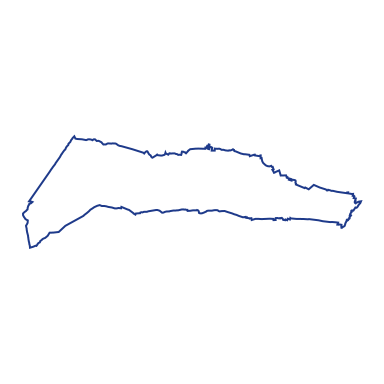 Danesti, Harghita, Romania (Mercator projection)
{"feature_id": "2599482B45137216184819", "entity_name": "Danesti", "entity_type": "district", "adm_level": 2, "iso_a3": "ROU", "parent_name": "Romania", "parent_adm1": "Harghita", "projection": "mercator", "projection_center": [25.693, 46.518], "detail": "fine", "context": "isolated", "style": "outline", "palette": "blue", "viewbox_px": 384, "rotation_deg": 0, "n_neighbors": 0, "source": "geoboundaries", "source_scale": "gbopen_adm2", "svg_char_len": 5969}
<svg xmlns="http://www.w3.org/2000/svg" viewBox="0 0 384 384"><path d="M341.4,227.6L341.7,227.6L341.9,227.8L342.7,227.1L344.5,226.1L345.1,224.7L345.3,223.5L345.6,223.0L345.7,222.5L346.0,222.2L346.1,221.8L346.4,221.4L346.5,221.0L346.8,221.0L346.9,220.9L346.7,220.6L346.7,220.0L346.9,219.7L347.2,219.5L347.7,219.7L347.9,220.1L348.1,220.1L348.3,219.7L348.9,219.1L349.0,218.7L349.4,218.5L349.2,218.1L349.6,217.9L349.7,217.0L350.3,216.3L349.8,216.2L349.7,216.1L349.7,215.5L350.0,215.1L350.6,214.9L350.1,214.4L350.4,213.5L350.8,213.1L351.2,212.3L351.7,212.0L351.8,211.6L351.7,211.5L351.3,211.4L351.2,211.2L351.3,210.8L351.6,210.5L352.3,210.4L353.4,210.6L355.4,207.5L356.1,207.8L356.6,207.7L357.3,207.1L357.5,206.8L358.3,205.5L358.8,204.7L359.3,204.2L360.0,202.9L360.3,203.0L361.0,201.3L358.9,201.6L356.9,202.5L356.5,202.5L355.9,203.1L355.8,202.9L355.0,202.9L354.8,202.6L354.7,201.9L355.1,201.2L355.0,200.9L355.1,200.6L355.5,200.5L355.4,199.9L355.8,198.5L353.7,198.1L354.0,197.2L354.4,196.3L354.1,196.0L354.0,196.3L353.1,195.8L352.7,195.8L353.0,193.9L352.0,194.0L347.8,193.3L348.0,192.4L347.0,192.5L346.8,193.2L337.0,191.8L332.8,190.8L331.9,190.9L331.0,190.7L330.4,190.4L328.2,189.8L328.0,190.3L327.1,190.5L326.8,190.4L326.3,189.7L325.4,189.3L319.7,187.5L313.8,184.9L308.7,189.3L305.2,187.5L304.6,188.1L295.9,184.5L296.1,183.6L295.4,182.8L295.7,181.3L295.5,180.5L294.8,180.1L292.0,179.6L291.8,179.6L291.6,180.6L289.4,179.9L289.9,179.4L288.8,179.1L288.8,178.8L290.0,179.1L290.3,178.8L287.0,177.8L287.2,177.1L286.6,177.1L286.1,175.4L280.7,175.5L279.2,170.4L275.8,171.9L274.6,172.6L274.0,172.8L273.4,171.5L272.4,169.8L273.6,169.4L272.8,167.1L272.4,167.3L272.2,167.2L271.8,166.7L271.5,166.1L271.2,165.8L270.6,166.1L269.3,166.4L267.4,166.1L265.7,165.3L263.2,163.0L262.3,161.4L261.9,159.7L261.6,158.0L260.6,158.2L260.7,155.4L260.4,155.4L260.3,156.3L254.8,155.4L254.8,154.7L254.2,154.7L249.8,156.2L249.4,154.8L244.7,154.2L244.1,154.3L240.8,153.5L235.5,151.3L234.4,151.1L234.1,150.4L234.0,150.0L233.9,150.0L233.6,149.9L233.1,149.3L232.8,149.3L232.4,149.7L231.4,150.1L230.5,150.4L229.8,150.5L229.3,150.3L228.8,150.5L228.5,150.5L228.2,150.7L225.5,150.4L223.5,149.8L221.5,149.8L220.5,149.1L219.3,148.7L217.4,148.8L215.3,148.7L214.8,148.6L214.7,150.6L211.7,150.6L212.1,147.6L210.4,146.7L210.0,146.5L209.2,149.2L208.3,149.0L207.7,148.7L208.9,146.1L209.4,144.6L208.7,144.4L207.8,146.4L207.1,146.0L206.2,147.8L205.4,147.6L205.2,148.8L198.4,148.6L195.5,148.7L190.2,149.2L188.1,150.8L188.1,151.0L186.0,153.3L185.6,153.0L185.5,152.6L185.3,152.4L184.2,152.2L183.6,151.8L182.0,151.6L181.7,152.3L181.6,153.5L181.2,154.9L179.1,154.7L178.2,154.9L177.0,154.1L176.0,154.0L174.7,153.4L172.7,153.4L170.7,153.6L170.4,153.4L169.4,153.3L168.3,154.7L168.0,154.6L167.1,154.0L166.4,153.9L165.9,153.5L165.5,152.6L165.2,153.7L164.5,154.8L162.2,155.5L161.1,155.6L157.2,155.1L157.0,154.7L156.2,155.4L152.6,157.6L152.3,157.7L151.2,156.7L150.8,155.7L150.6,155.4L149.4,154.6L148.7,153.7L147.5,151.5L147.0,151.2L146.0,151.6L145.0,152.5L144.2,153.5L143.3,152.7L132.3,149.2L121.5,146.2L119.7,145.9L118.2,145.3L116.2,143.8L115.3,143.5L112.3,143.4L111.5,143.6L108.1,143.4L107.3,143.6L105.8,144.5L105.2,144.4L103.4,144.5L101.9,142.9L101.5,142.3L99.0,141.0L98.2,140.8L96.8,141.0L96.2,140.5L95.1,139.4L94.7,139.3L93.5,139.4L92.8,140.0L92.4,140.2L92.2,140.0L90.8,139.5L89.3,139.3L88.1,139.3L87.1,139.8L86.1,140.1L82.0,139.3L77.2,139.0L75.4,138.6L74.3,136.3L72.5,138.2L72.3,138.7L71.2,140.0L70.2,142.1L69.2,143.0L68.4,143.9L68.4,144.7L68.2,145.1L67.3,145.9L66.2,147.3L65.6,148.6L65.3,149.5L64.4,150.2L62.7,152.5L61.7,154.1L61.4,154.3L59.9,157.1L55.5,163.3L55.1,164.2L52.9,167.0L52.1,168.2L51.2,169.4L49.5,172.0L29.1,201.3L31.1,201.5L32.4,202.0L31.4,202.9L30.7,203.4L29.3,203.8L29.1,204.7L28.5,205.3L28.0,206.7L27.7,207.7L27.5,209.5L26.7,210.1L26.0,211.0L24.7,211.9L23.3,213.2L23.0,213.7L23.1,215.3L24.0,217.0L24.7,217.9L25.2,218.8L26.2,219.6L27.8,220.4L27.6,222.9L27.1,223.9L26.0,225.8L26.7,228.9L26.7,229.9L26.9,230.7L27.1,232.1L28.1,236.0L28.1,237.0L28.3,237.6L28.4,238.9L28.9,241.8L29.1,242.3L29.4,244.3L29.8,245.6L30.0,247.7L33.3,246.7L35.6,245.7L36.4,245.9L37.3,244.7L37.4,244.3L37.9,243.8L38.1,243.4L38.5,243.0L39.8,242.4L40.1,241.8L40.1,241.4L40.3,241.0L41.7,240.0L42.4,239.2L43.4,238.6L45.2,237.9L47.7,235.8L49.6,232.7L53.2,232.6L58.7,232.0L65.4,225.8L83.4,215.9L84.4,214.9L86.9,213.0L88.9,211.3L90.4,209.7L92.5,208.4L94.2,207.2L97.2,205.8L99.7,205.1L101.8,206.0L104.3,206.0L106.2,206.3L108.2,206.9L111.9,207.5L114.8,208.4L116.7,208.4L118.5,208.0L121.1,208.3L121.4,206.9L127.6,209.5L129.0,209.9L133.7,213.4L133.7,213.6L135.4,214.6L135.9,213.5L140.1,213.2L140.4,212.5L141.7,212.2L142.5,212.4L144.0,211.8L146.9,211.8L148.3,211.3L156.1,210.0L157.4,210.0L159.6,210.7L162.1,212.7L163.4,212.6L164.9,211.9L166.5,211.5L169.3,211.4L170.1,211.1L173.6,210.5L175.9,210.5L177.1,210.3L177.9,210.4L181.6,209.5L183.3,209.4L184.1,209.6L185.4,209.5L186.5,209.9L187.4,209.9L187.6,210.9L190.1,210.8L193.2,210.3L196.7,210.3L197.0,210.0L198.1,210.4L198.7,211.2L198.8,211.6L199.0,212.9L199.9,213.3L201.1,213.4L202.3,213.2L203.9,212.6L206.3,211.5L206.6,211.1L207.0,210.9L208.0,210.7L211.7,210.7L214.2,210.2L215.6,210.1L217.4,210.2L217.9,210.4L218.5,211.0L219.5,211.4L221.7,211.1L224.6,211.0L227.5,212.0L232.1,213.4L234.3,214.3L236.5,214.9L238.8,215.9L243.0,217.3L245.5,216.9L245.6,217.5L246.7,217.3L246.7,217.9L249.2,218.2L249.5,218.6L250.0,218.5L250.3,218.3L251.4,218.2L251.7,220.0L255.3,218.9L258.9,218.9L261.5,219.1L269.8,218.7L273.4,218.9L273.5,220.1L275.6,220.0L275.5,219.1L275.7,218.1L277.4,218.0L278.4,218.3L280.2,218.1L280.2,218.4L280.6,218.4L281.8,217.9L282.7,218.7L283.2,219.9L285.3,220.2L285.5,219.5L287.2,220.2L287.8,218.7L289.9,219.5L290.3,218.0L290.8,218.4L296.1,218.9L303.4,219.0L308.2,219.3L308.9,219.1L318.6,220.3L322.7,221.2L330.2,222.1L332.1,222.0L335.7,222.3L338.1,222.6L337.4,224.6L338.6,224.7L338.8,224.3L341.5,224.8L341.5,225.9L341.3,226.4L341.4,226.6L341.4,227.6Z" fill="none" stroke="#1e3a8a" stroke-width="2"/></svg>